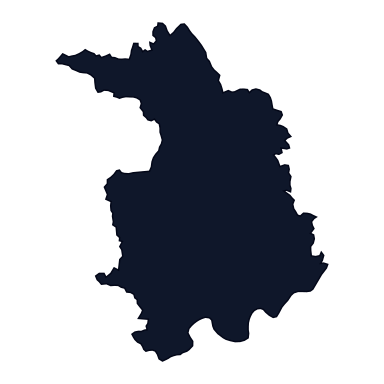 Campestre da Serra, Rio Grande do Sul, Brazil (Albers equal-area conic projection)
{"feature_id": "56859067B56487205832332", "entity_name": "Campestre da Serra", "entity_type": "district", "adm_level": 2, "iso_a3": "BRA", "parent_name": "Brazil", "parent_adm1": "Rio Grande do Sul", "projection": "albers", "projection_center": [-51.112, -28.72], "detail": "fine", "context": "isolated", "style": "filled", "palette": "ink", "viewbox_px": 384, "rotation_deg": 0, "n_neighbors": 0, "source": "geoboundaries", "source_scale": "gbopen_adm2", "svg_char_len": 4220}
<svg xmlns="http://www.w3.org/2000/svg" viewBox="0 0 384 384"><path d="M145.9,351.2L149.0,350.3L152.5,350.0L155.4,351.1L157.5,354.4L159.1,358.9L162.5,361.0L165.5,359.6L168.1,358.3L170.5,356.7L173.4,355.6L176.7,354.7L180.2,354.5L182.5,352.7L186.8,351.2L189.0,349.6L192.6,345.8L192.7,341.3L190.1,337.4L187.8,332.9L188.9,328.5L191.4,325.6L193.7,323.4L196.3,321.4L198.8,319.8L202.0,318.3L205.4,317.2L209.5,317.8L211.8,320.0L212.3,322.9L212.9,326.1L214.1,329.2L217.9,333.6L223.3,337.7L226.0,339.2L230.2,340.5L235.2,341.6L240.2,341.4L244.4,340.2L248.1,337.9L248.6,333.4L248.1,330.0L248.1,326.3L248.3,322.8L249.2,319.0L250.3,316.2L251.9,313.1L254.2,310.5L257.4,308.7L260.7,308.4L263.4,309.4L265.7,312.1L269.3,315.2L273.2,317.4L276.5,316.6L278.6,313.2L281.9,307.0L284.3,304.0L287.7,300.3L291.0,295.3L293.7,292.8L297.9,291.4L302.7,291.4L306.6,291.5L310.3,291.0L312.8,289.2L316.1,283.6L318.4,279.7L321.5,274.4L323.6,271.7L326.4,268.0L327.7,264.4L323.6,263.1L320.5,263.4L322.3,260.4L323.7,255.4L321.3,252.2L319.8,255.7L315.6,256.6L311.3,255.9L310.7,250.6L310.6,246.5L313.2,243.1L314.3,238.8L313.6,234.9L310.4,233.3L313.9,228.6L312.3,225.4L311.5,221.7L314.0,218.5L316.3,217.0L313.0,215.5L310.4,214.1L307.3,213.4L303.5,213.2L300.3,216.1L297.5,215.1L295.5,211.5L293.7,208.8L292.7,204.2L294.2,200.2L291.9,197.9L289.9,195.4L286.7,193.1L283.7,191.0L286.6,190.2L290.5,191.8L290.9,188.5L289.9,185.2L289.9,181.5L290.9,176.6L288.5,172.9L289.2,169.2L288.3,165.5L284.7,164.9L279.9,166.6L277.7,160.5L275.5,157.4L273.5,155.0L275.8,153.6L278.9,154.3L282.0,152.6L281.0,148.0L283.8,148.4L286.8,148.9L289.5,148.0L288.6,144.8L284.7,140.5L287.2,138.1L290.8,136.5L287.9,133.1L286.7,129.0L283.1,126.6L280.4,125.5L276.8,124.8L277.8,121.6L280.1,118.9L282.3,115.0L281.1,111.6L276.9,110.3L272.8,108.9L272.1,105.3L271.4,101.1L270.3,97.7L268.3,94.3L265.2,93.0L262.1,91.8L259.8,90.0L255.9,89.0L252.1,90.0L249.3,92.7L247.4,89.6L243.8,89.2L240.0,89.3L234.6,91.9L231.9,92.2L228.3,90.6L222.9,92.9L221.9,88.7L220.6,84.6L218.3,80.6L219.7,75.3L216.5,72.2L214.1,70.1L211.6,66.9L209.3,61.3L206.6,58.3L205.7,52.5L201.3,45.3L198.4,41.4L194.8,36.9L191.7,33.7L189.6,30.9L187.3,27.2L184.3,24.0L180.9,24.4L178.9,26.4L176.6,28.6L173.7,32.4L170.0,35.6L167.1,30.9L165.4,26.1L162.5,23.4L158.1,23.0L157.7,26.2L154.5,27.8L153.0,31.7L153.0,35.4L155.7,37.6L156.4,40.8L153.6,44.0L149.9,42.4L150.2,45.4L152.0,50.1L147.4,51.5L145.1,49.9L142.7,51.7L140.7,48.2L138.0,46.6L137.9,43.5L133.8,43.4L132.5,47.7L131.5,50.5L131.0,54.4L129.3,59.4L125.2,59.0L121.8,59.3L118.6,59.2L114.8,57.7L111.5,57.4L109.6,54.3L105.7,56.1L101.3,57.6L99.2,55.1L96.0,56.0L94.0,53.7L91.0,52.7L87.7,51.2L85.2,49.7L82.9,51.6L79.3,53.7L75.3,55.5L71.9,56.1L68.7,56.9L66.0,55.5L62.7,53.9L60.7,56.3L58.4,58.9L56.3,60.8L58.4,63.7L62.1,63.7L65.2,64.5L69.2,65.5L72.2,68.9L76.2,70.5L79.8,72.1L83.2,72.6L87.1,72.9L90.8,74.8L94.7,78.2L95.0,82.7L95.7,88.2L98.0,92.2L100.8,91.8L104.0,90.1L108.3,90.4L111.1,91.6L114.1,92.8L113.8,96.3L116.9,97.1L119.5,98.2L122.5,97.2L125.9,96.6L130.0,96.8L133.4,96.9L136.7,97.8L140.2,99.9L141.4,103.6L140.2,107.7L143.4,111.7L143.6,115.3L146.3,117.6L147.9,119.8L151.2,120.7L154.5,119.1L156.6,122.0L159.3,123.8L160.1,128.0L160.1,132.2L161.2,135.6L162.4,140.0L161.4,144.0L159.6,147.1L158.8,150.8L155.8,154.2L153.5,157.7L152.1,161.7L151.4,167.0L149.5,171.3L136.2,172.5L133.1,172.8L128.7,173.8L124.2,173.5L121.4,172.7L119.4,170.1L116.6,170.8L113.9,174.5L110.8,177.4L107.4,179.7L107.4,183.7L104.4,187.1L107.5,194.5L105.9,199.2L111.2,201.6L110.7,205.7L111.1,210.5L112.9,213.2L112.5,216.2L113.4,221.8L112.8,224.8L116.2,227.1L116.9,235.0L119.7,237.6L119.4,240.7L122.4,241.5L119.8,246.6L121.8,249.7L122.8,256.3L119.8,259.5L118.6,270.2L114.1,267.9L110.8,273.4L106.0,277.3L104.0,273.4L99.3,273.4L95.7,276.0L97.2,279.7L99.4,281.7L101.4,284.2L106.5,283.7L110.7,285.5L114.7,285.2L118.3,285.4L121.2,287.2L124.7,288.1L126.7,292.0L130.6,292.4L133.9,294.3L134.9,297.9L137.2,299.6L137.4,303.4L139.7,306.4L142.7,310.1L141.5,313.3L140.0,315.8L138.4,318.4L144.3,318.9L148.4,319.2L147.9,323.5L146.2,326.1L147.2,329.7L144.4,330.2L141.3,331.5L138.4,331.4L134.9,332.1L132.0,334.2L133.5,337.1L135.0,339.5L137.6,342.1L140.9,343.7L142.7,346.6L143.8,349.3L145.9,351.2Z" fill="#0f172a" stroke="#020617" stroke-width="1.5"/></svg>